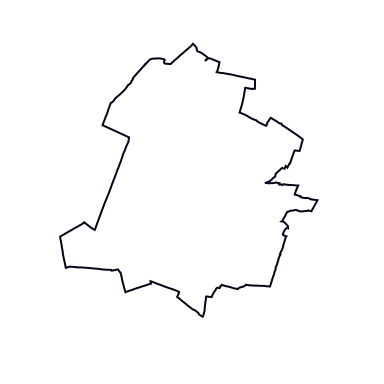 outline of Ivesti, Vaslui, Romania, rotated 120°
{"feature_id": "2599482B87899807765527", "entity_name": "Ivesti", "entity_type": "district", "adm_level": 2, "iso_a3": "ROU", "parent_name": "Romania", "parent_adm1": "Vaslui", "projection": "robinson", "projection_center": [27.546, 46.204], "detail": "fine", "context": "isolated", "style": "outline", "palette": "ink", "viewbox_px": 384, "rotation_deg": 120, "n_neighbors": 0, "source": "geoboundaries", "source_scale": "gbopen_adm2", "svg_char_len": 5895}
<svg xmlns="http://www.w3.org/2000/svg" viewBox="0 0 384 384"><g transform="rotate(120 192 192)"><path d="M296.5,283.9L296.8,283.8L299.0,282.0L303.0,278.5L305.0,277.0L307.5,274.8L308.4,274.1L308.8,273.8L310.7,272.4L314.9,268.7L316.2,267.4L319.8,264.3L320.8,263.3L320.7,263.1L318.4,261.2L317.9,260.7L317.0,259.0L313.9,252.3L312.8,250.5L308.3,241.0L307.5,239.1L305.8,235.6L305.0,233.7L304.4,232.1L302.8,228.7L301.3,225.7L299.9,223.2L299.8,222.8L299.8,222.7L300.3,222.4L299.9,221.7L296.1,217.5L297.3,214.7L297.8,213.3L299.9,211.3L304.1,207.6L309.5,202.2L310.4,201.3L311.6,200.2L312.1,199.5L311.4,199.1L309.5,197.5L307.0,195.2L303.2,192.0L301.0,189.9L299.3,188.5L297.1,186.4L293.4,183.1L291.9,181.7L290.0,183.3L289.6,181.4L289.4,179.9L288.9,176.6L288.2,172.8L287.5,168.1L285.5,158.0L285.1,154.8L285.0,153.6L285.0,153.2L285.5,152.9L290.3,152.4L290.6,150.1L291.6,144.3L291.8,142.6L292.3,139.9L293.2,133.7L293.3,132.3L293.0,131.5L293.0,130.8L293.5,126.1L293.7,125.9L294.4,125.1L294.7,122.3L294.6,120.4L293.2,120.5L292.4,120.7L291.5,121.0L289.3,121.5L288.1,122.0L287.0,122.5L285.2,123.4L281.1,125.1L280.4,125.5L279.6,125.8L278.7,126.0L276.6,127.1L275.5,127.5L275.3,127.4L273.5,123.1L273.1,122.4L271.7,122.7L271.0,122.8L267.3,122.8L266.1,122.7L265.4,122.6L264.0,122.7L263.1,122.6L262.6,122.5L262.2,122.2L261.4,120.0L259.3,120.4L258.8,119.8L257.4,119.7L257.4,119.1L256.6,115.5L255.7,113.1L255.1,110.6L254.4,107.1L254.0,106.4L253.4,104.2L253.1,103.7L252.3,103.7L251.8,103.4L251.3,103.2L250.2,102.1L249.7,101.9L249.2,101.2L247.9,99.9L247.4,99.9L246.8,99.5L246.4,99.0L245.9,98.8L245.3,98.9L244.8,97.3L243.8,95.1L242.3,91.9L240.7,89.1L239.1,85.8L237.3,82.7L236.1,79.7L235.3,78.4L235.3,77.9L234.7,77.2L225.5,79.3L223.4,79.6L222.7,79.8L221.4,80.0L220.0,80.6L218.5,80.7L217.4,80.8L215.7,81.7L215.1,81.8L213.8,82.0L212.7,82.2L212.3,82.3L212.0,82.2L211.3,82.4L210.4,82.6L209.6,82.9L209.1,83.0L208.4,83.0L207.7,83.2L207.3,83.5L205.9,83.7L205.0,83.9L203.8,84.1L202.6,84.1L202.0,84.2L201.9,84.8L200.9,84.7L200.0,85.1L199.4,85.2L198.9,85.2L198.5,85.1L197.8,85.1L194.7,85.6L193.4,85.9L192.9,86.2L185.5,87.9L184.1,88.2L183.6,88.3L183.2,88.2L183.4,89.2L183.7,89.7L183.6,91.6L183.3,92.2L180.5,92.6L178.0,92.6L177.4,92.5L176.0,91.9L175.0,91.5L175.1,90.9L173.7,91.9L173.4,92.2L173.0,93.5L172.1,96.7L172.1,97.6L172.1,98.3L172.5,99.3L172.6,99.6L172.2,99.4L171.9,99.3L171.4,99.3L165.3,99.4L162.1,99.7L161.5,99.5L161.2,99.1L160.4,98.3L159.4,97.8L158.6,97.0L157.9,95.5L156.8,94.5L155.8,93.4L155.3,92.5L155.3,91.2L154.6,88.3L154.2,87.6L153.4,86.6L152.9,85.6L152.3,84.9L150.8,83.0L150.5,82.4L150.0,82.3L149.7,81.8L149.7,81.2L149.0,79.0L136.4,79.2L139.1,86.0L138.9,87.4L140.1,90.4L140.6,90.7L141.6,93.4L142.1,95.5L141.4,95.7L142.8,101.8L138.4,102.7L133.3,103.3L134.3,105.2L135.4,107.7L137.5,111.7L137.7,112.4L138.6,114.1L139.2,116.0L139.6,116.8L140.1,117.0L140.9,117.3L140.8,118.1L141.0,118.9L141.9,119.7L142.0,120.2L141.9,120.5L140.7,120.7L141.4,122.5L141.7,123.9L143.2,125.6L144.1,126.7L145.0,128.4L145.6,129.1L146.1,129.8L146.8,131.7L147.8,133.3L147.2,132.9L146.7,132.4L146.4,132.0L145.9,131.7L144.9,130.8L141.9,129.3L139.5,128.8L137.6,127.9L136.8,127.8L136.3,127.8L134.5,128.7L126.0,126.0L126.0,124.9L125.4,123.4L122.5,123.8L122.6,122.8L123.1,121.6L118.7,121.8L118.5,121.4L118.2,121.4L110.7,122.9L104.7,123.9L104.3,123.1L102.7,119.3L96.9,120.8L95.0,121.3L91.3,122.2L91.0,122.5L90.9,123.2L90.8,124.2L90.6,125.8L90.2,128.9L89.7,136.2L89.2,142.3L89.0,147.2L88.9,147.5L88.7,148.0L88.3,148.2L88.1,148.5L88.1,148.8L88.1,149.2L88.3,149.6L88.6,149.9L88.8,150.4L88.8,150.9L88.5,154.3L88.4,160.9L89.9,161.1L94.0,161.4L95.0,161.3L95.9,161.0L97.5,160.8L97.8,162.0L98.3,168.7L98.2,169.1L98.1,170.4L98.1,171.4L97.8,172.1L97.8,172.7L98.1,173.3L98.2,174.0L98.4,176.0L98.7,177.9L98.7,178.7L98.6,179.3L98.5,183.5L98.9,187.3L99.2,189.2L99.5,190.5L91.8,192.3L84.9,194.4L75.1,198.0L73.3,192.9L72.7,191.6L71.8,190.2L71.2,189.5L71.1,189.2L65.2,192.4L63.9,193.2L63.2,193.6L63.9,195.6L64.2,197.0L64.4,197.7L64.8,198.3L66.0,202.3L66.1,202.6L66.5,203.9L67.2,205.7L67.5,206.9L68.0,208.2L68.4,209.4L69.5,213.1L69.7,213.8L70.1,215.1L70.3,215.9L70.8,217.3L71.1,217.9L71.3,218.4L71.5,219.4L72.3,221.0L72.5,222.0L72.8,222.5L73.6,224.9L74.3,226.1L75.8,230.3L75.8,230.6L75.3,230.5L73.8,230.7L71.1,231.4L65.9,233.0L66.4,237.2L66.9,240.9L67.4,243.5L67.7,244.4L68.2,244.8L70.6,245.6L71.1,246.0L70.9,246.1L68.8,245.7L68.3,245.8L67.8,245.9L67.5,246.5L66.8,253.9L66.9,254.7L67.0,255.2L67.2,256.5L67.3,257.5L67.3,257.9L67.0,258.4L65.2,259.9L64.5,260.8L64.0,262.1L63.2,265.3L65.8,265.8L68.0,266.4L68.2,266.6L74.7,268.8L77.7,269.9L91.0,274.3L91.8,274.4L92.7,276.1L93.8,278.5L94.3,279.5L94.2,280.5L93.4,281.3L91.1,281.8L91.2,283.3L91.8,285.2L93.1,287.9L95.0,290.9L96.5,293.1L98.3,294.7L104.5,296.1L104.4,296.4L104.5,296.4L105.5,296.5L106.0,296.7L107.0,296.6L107.3,296.7L107.6,297.0L113.3,298.1L117.2,299.0L121.8,299.9L123.3,300.0L123.5,299.7L124.0,299.6L125.4,299.7L126.7,299.8L127.2,299.7L127.7,299.5L130.1,300.0L130.6,300.6L132.2,300.9L134.8,301.0L135.4,301.2L137.3,301.4L142.5,302.9L145.1,303.7L146.5,304.4L147.8,304.8L149.2,305.2L150.5,305.4L152.4,305.5L153.0,305.6L155.0,306.4L155.2,306.7L155.6,306.8L156.0,306.8L156.9,306.6L159.1,306.3L159.7,306.1L161.9,305.8L166.7,304.7L167.6,304.6L169.5,304.5L172.2,303.9L175.4,303.5L177.4,303.1L178.9,302.8L177.5,288.5L176.2,273.8L180.4,272.2L184.1,271.8L185.1,271.8L186.0,271.6L189.6,271.0L192.9,270.7L195.7,270.1L198.2,269.6L199.5,269.3L202.0,268.8L202.8,268.8L208.8,267.7L209.4,267.8L212.3,267.2L216.0,266.6L218.8,266.1L222.0,265.7L223.6,265.3L224.1,265.3L225.8,265.1L228.4,264.5L230.2,264.3L234.3,263.5L245.0,262.1L250.0,261.3L261.5,259.3L268.0,258.2L273.4,257.2L273.6,259.0L273.4,260.3L273.4,261.6L272.3,269.1L272.0,270.1L272.3,270.3L273.0,270.4L273.5,270.6L275.3,271.5L276.6,272.3L280.2,274.4L281.5,275.3L282.5,275.8L286.7,278.2L289.0,279.6L293.2,281.9L296.5,283.9Z" fill="none" stroke="#020617" stroke-width="2"/></g></svg>